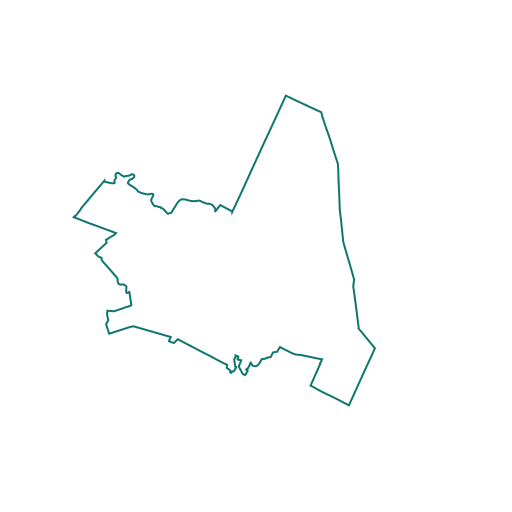 the district of Becicherecu Mic, Timis, Romania, rotated 129°
{"feature_id": "2599482B19293630828144", "entity_name": "Becicherecu Mic", "entity_type": "district", "adm_level": 2, "iso_a3": "ROU", "parent_name": "Romania", "parent_adm1": "Timis", "projection": "albers", "projection_center": [21.043, 45.839], "detail": "fine", "context": "isolated", "style": "outline", "palette": "teal", "viewbox_px": 512, "rotation_deg": 129, "n_neighbors": 0, "source": "geoboundaries", "source_scale": "gbopen_adm2", "svg_char_len": 5994}
<svg xmlns="http://www.w3.org/2000/svg" viewBox="0 0 512 512"><g transform="rotate(129 256 256)"><path d="M339.9,422.2L340.6,422.1L339.7,419.5L335.8,407.1L334.1,402.3L326.3,379.2L329.1,379.5L333.5,381.3L334.9,381.6L335.3,381.8L337.9,382.8L339.7,380.4L355.1,382.6L355.6,378.0L355.4,377.2L355.1,376.2L354.6,375.2L354.6,374.9L354.7,374.6L354.9,374.4L355.7,374.1L356.0,373.9L356.2,373.5L356.4,373.0L356.9,370.7L358.2,362.5L359.0,358.0L359.5,354.7L359.7,354.8L360.3,350.6L360.5,350.0L360.6,349.7L361.0,349.2L361.7,348.5L362.4,347.9L363.2,347.1L363.7,346.2L363.9,345.7L364.0,345.3L364.0,345.0L364.0,344.6L363.9,344.2L363.7,343.6L363.5,343.3L363.1,342.8L362.2,342.0L361.8,341.5L361.7,341.2L361.4,340.5L361.2,339.3L361.1,338.6L361.2,338.0L361.3,337.5L361.5,337.3L365.1,334.8L366.0,333.5L366.1,333.3L365.9,332.9L365.6,332.7L365.2,332.5L364.5,332.3L364.0,332.1L363.7,331.9L363.7,331.7L367.4,327.7L372.7,321.9L373.4,322.1L374.3,322.6L378.6,325.5L380.5,326.6L388.3,331.5L392.0,337.0L395.2,335.0L398.1,331.3L398.3,330.9L398.7,330.6L399.1,330.3L403.3,329.6L408.8,321.2L390.4,309.2L389.7,308.6L387.7,306.9L384.2,298.7L380.7,290.3L379.8,288.3L372.6,271.2L372.8,271.1L376.7,270.3L376.9,270.1L377.0,269.9L375.7,266.2L375.3,265.1L369.9,264.4L368.5,257.3L366.8,249.0L363.9,234.5L363.0,230.6L362.3,227.1L360.9,219.6L360.2,216.1L358.8,209.9L359.9,209.3L360.5,208.9L361.2,208.4L361.4,208.0L361.5,207.6L361.5,207.3L361.3,206.9L361.1,205.6L361.1,204.8L361.2,203.8L361.4,203.2L362.6,202.9L362.6,202.0L361.2,201.9L360.9,201.6L360.6,201.5L360.2,201.4L359.9,201.0L359.7,200.7L355.2,201.2L355.0,201.4L355.5,201.7L354.1,203.5L352.4,205.3L350.4,207.7L348.2,208.3L347.9,208.4L346.3,209.0L346.1,209.2L345.3,206.4L345.5,206.3L347.2,205.9L347.5,205.8L347.6,205.6L347.8,205.2L347.8,204.8L347.8,204.3L347.6,204.1L347.3,204.0L347.1,203.8L346.4,201.8L352.7,199.9L356.0,192.2L355.5,189.6L354.1,189.6L350.7,190.1L350.6,192.0L349.4,192.2L349.0,191.5L343.4,192.5L343.0,192.7L342.9,193.0L342.2,192.9L343.3,189.9L343.3,189.7L342.7,187.9L342.1,187.2L341.1,186.4L339.7,185.9L337.7,185.7L335.9,186.1L334.4,186.2L332.6,186.7L330.7,184.9L330.5,184.6L330.2,184.4L329.8,184.1L328.9,183.9L328.4,183.6L328.0,183.3L327.6,182.9L325.1,181.0L320.3,182.1L317.2,179.4L316.9,179.4L311.7,180.1L311.2,177.4L308.7,166.3L307.6,163.2L304.4,158.3L300.4,150.5L298.3,146.3L296.2,142.3L294.7,139.6L295.1,139.5L299.2,138.6L299.3,138.6L299.4,138.2L322.4,132.0L321.5,128.0L321.4,127.0L321.0,124.4L320.1,119.6L319.0,114.6L318.5,112.6L318.0,111.0L316.5,104.2L314.4,93.8L314.0,92.0L313.6,89.8L276.8,99.4L258.8,103.9L252.8,105.6L252.2,108.8L248.8,125.4L247.8,130.7L246.9,131.3L246.3,131.9L231.0,147.9L218.3,161.4L212.6,164.9L206.7,173.2L195.1,190.0L191.1,195.7L189.7,197.5L176.5,210.6L172.2,215.0L167.8,219.6L163.2,223.6L153.4,232.2L148.6,236.5L145.1,239.6L137.0,246.5L133.0,250.2L125.0,262.5L116.9,274.6L112.8,281.5L111.4,283.7L109.6,286.5L106.8,290.7L106.8,291.0L103.2,295.8L104.1,299.2L105.1,303.2L106.7,309.2L106.8,310.1L109.6,321.0L112.6,333.7L150.3,324.1L158.1,322.2L184.7,315.4L194.0,313.0L216.0,307.3L236.8,302.2L236.5,302.5L236.4,302.8L238.9,315.8L247.6,315.7L246.3,316.2L245.7,316.5L245.4,316.9L244.9,317.9L244.4,318.8L244.4,319.6L244.3,319.9L243.9,321.1L243.8,322.0L243.9,322.7L244.5,324.4L244.9,325.4L245.3,325.9L245.5,326.1L246.1,326.8L246.5,327.5L246.6,328.0L246.9,329.3L247.6,330.9L247.9,332.2L248.1,333.3L248.3,333.9L248.6,334.7L249.0,335.4L249.4,335.8L249.8,336.2L250.2,336.4L251.3,337.4L251.7,338.0L252.3,338.5L252.9,339.3L253.5,340.3L254.0,340.9L254.3,341.4L254.5,341.7L254.9,342.7L256.0,345.1L256.3,346.1L256.7,346.8L257.7,348.0L258.1,348.7L258.2,348.9L258.5,349.3L259.6,349.9L260.1,350.1L260.5,350.2L260.9,350.3L262.4,350.5L264.0,350.5L264.9,350.4L265.7,350.4L265.8,350.3L265.9,350.2L266.2,350.2L267.2,350.1L269.0,349.9L269.6,349.8L271.4,349.7L273.2,349.3L275.2,349.0L275.6,349.1L276.2,349.2L277.1,350.1L277.6,350.4L278.4,350.8L278.5,350.9L278.6,351.2L278.7,351.6L278.7,352.1L278.7,352.4L278.4,353.5L278.2,354.2L278.2,354.5L278.1,355.2L278.1,355.7L278.0,355.9L278.0,356.4L278.0,356.7L277.9,357.1L277.8,357.6L277.8,358.1L277.9,358.4L278.0,358.8L278.1,359.1L278.4,359.9L278.4,360.1L278.2,360.8L278.3,361.4L278.3,361.6L279.0,362.4L279.3,362.8L279.4,363.1L279.4,363.5L279.6,363.9L279.7,364.2L279.7,364.3L279.8,364.5L280.1,364.9L280.5,365.5L280.9,366.1L281.0,366.6L281.0,366.8L280.9,367.2L280.8,368.0L279.8,370.6L279.5,371.3L279.0,372.2L278.7,372.6L278.2,372.9L277.6,373.1L275.8,373.4L274.2,373.8L273.6,374.0L273.2,374.2L272.9,374.7L272.7,375.0L272.8,375.5L273.1,376.0L273.6,376.6L274.3,377.3L274.9,377.7L275.5,378.1L276.3,378.8L276.6,379.5L276.9,380.0L277.5,381.1L278.0,382.2L278.3,382.7L278.6,383.4L278.8,383.9L279.2,384.7L279.3,385.2L279.7,386.6L279.8,387.2L280.1,388.1L280.1,388.5L279.9,388.9L279.6,389.8L279.5,391.2L279.5,392.8L279.5,393.3L279.6,395.1L279.7,395.9L279.8,396.6L280.2,399.0L280.1,400.0L280.1,400.8L280.1,401.1L279.9,401.4L279.7,401.6L278.6,402.0L278.2,402.0L277.0,402.1L276.5,402.0L275.6,401.9L275.4,401.7L275.1,401.6L274.1,400.7L273.8,400.7L272.5,400.6L272.3,400.5L272.1,400.3L271.7,400.2L271.4,400.3L271.0,400.5L270.7,400.7L270.2,401.1L270.1,401.5L269.9,402.2L270.0,402.9L270.3,403.6L270.6,404.0L270.9,404.1L271.5,404.2L272.2,404.7L273.0,405.0L273.7,405.4L274.2,405.8L274.9,406.6L275.3,407.0L275.5,407.3L277.3,408.4L277.5,408.6L277.6,408.9L277.5,409.4L277.5,409.7L277.6,410.1L277.9,411.4L277.9,411.9L277.9,413.8L278.0,414.8L278.3,415.6L278.6,415.9L278.9,416.2L279.4,416.5L279.8,416.7L281.1,416.3L281.7,415.9L282.3,415.5L282.6,415.0L282.9,414.2L283.1,414.0L283.2,413.9L283.6,413.9L283.8,413.9L284.2,413.9L285.5,413.6L286.5,413.5L286.7,413.4L287.0,413.2L287.6,412.5L287.9,412.0L288.1,411.9L288.5,411.9L288.7,412.0L289.1,412.4L289.6,413.1L290.5,414.2L290.6,414.4L290.7,414.8L291.0,415.3L293.1,419.5L293.3,420.0L293.3,420.4L293.2,420.7L292.9,421.0L292.7,421.2L302.6,421.4L310.4,421.6L328.0,421.9L330.5,421.6L332.9,421.5L334.6,421.5L335.4,421.4L338.2,421.5L339.1,421.8L339.9,422.2Z" fill="none" stroke="#0f766e" stroke-width="2"/></g></svg>